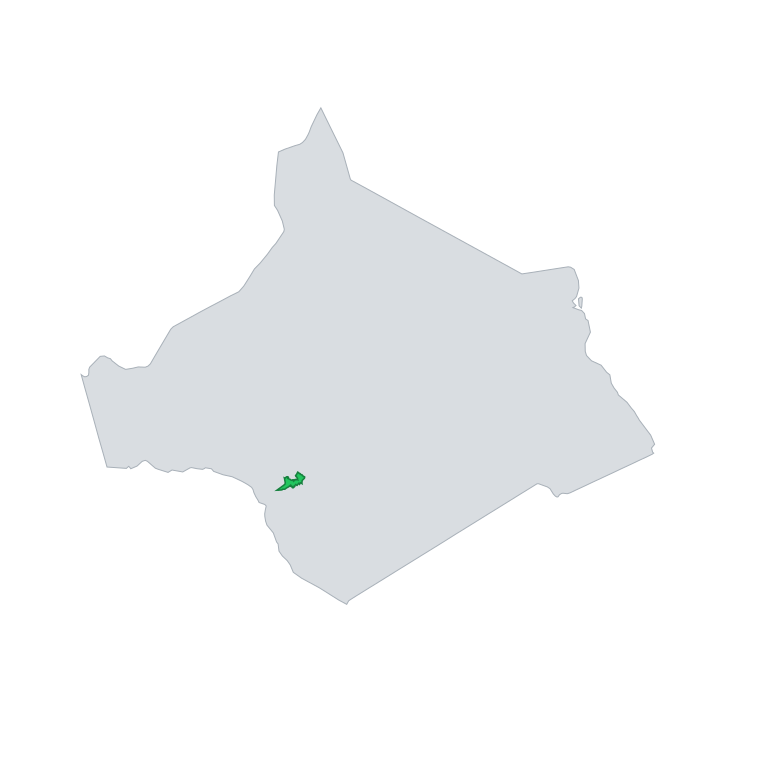 Marakwet West, Rift Valley, Kenya shown in context, rotated 299°
{"feature_id": "3690345B12316778885623", "entity_name": "Marakwet West", "entity_type": "district", "adm_level": 2, "iso_a3": "KEN", "parent_name": "Kenya", "parent_adm1": "Rift Valley", "projection": "mercator", "projection_center": [35.451, 1.024], "detail": "fine", "context": "in_parent", "style": "filled", "palette": "green", "viewbox_px": 768, "rotation_deg": 299, "n_neighbors": 0, "source": "geoboundaries", "source_scale": "gbopen_adm2", "svg_char_len": 6882}
<svg xmlns="http://www.w3.org/2000/svg" viewBox="0 0 768 768"><g transform="rotate(299 384 384)"><path d="M173.2,458.2L173.1,449.2L174.4,426.2L174.2,406.1L175.3,396.0L180.3,389.7L182.6,385.0L184.3,378.5L186.9,373.2L192.8,368.9L193.8,366.6L200.1,359.4L203.8,350.1L206.6,347.0L210.2,344.1L212.6,342.6L216.8,341.1L220.0,340.2L220.5,339.5L220.8,338.0L219.8,332.2L221.1,330.4L223.3,326.5L225.8,323.0L228.1,320.7L229.4,318.4L229.9,314.3L230.0,311.5L230.0,306.8L229.3,296.2L226.6,287.3L225.0,277.4L226.2,274.2L224.1,268.3L223.1,268.0L221.4,266.7L219.2,261.3L217.6,256.2L216.6,255.0L209.5,250.6L206.0,240.3L202.0,238.0L199.9,227.7L199.5,224.8L201.7,214.5L201.5,212.2L199.1,210.0L192.5,207.8L187.1,203.6L187.8,202.1L188.2,200.6L185.3,199.6L177.1,182.0L187.7,171.5L198.4,160.8L212.2,147.3L224.8,134.9L235.7,124.1L245.4,114.6L245.1,116.4L245.2,118.8L246.4,120.3L248.4,121.3L251.2,120.2L253.6,118.8L256.0,118.4L270.6,122.4L273.0,125.9L272.9,129.6L273.5,132.4L272.4,135.1L271.1,143.3L271.5,150.9L275.9,156.5L279.8,160.8L282.9,167.0L285.2,168.9L288.4,169.9L298.4,170.1L313.2,170.5L327.5,170.9L328.8,171.0L331.9,171.9L345.0,180.2L357.1,187.8L367.3,194.4L377.2,200.9L386.8,207.1L394.3,212.3L401.6,213.9L413.6,214.6L421.8,214.9L429.5,217.0L440.8,219.1L449.3,220.1L454.5,221.3L468.7,222.5L471.0,221.8L477.3,216.0L484.3,206.7L487.0,201.6L496.1,196.4L512.1,189.3L523.3,184.3L535.8,179.2L541.5,183.6L549.3,190.6L552.8,194.1L555.6,195.6L559.9,196.7L565.1,196.7L567.9,196.5L573.7,195.6L587.2,194.8L594.9,194.9L588.4,204.2L580.6,215.4L566.3,236.0L555.4,246.8L547.1,255.0L546.3,256.4L546.4,265.5L546.5,287.8L546.6,332.4L546.8,376.9L547.0,421.5L547.1,443.7L547.1,451.2L554.3,460.6L561.4,469.7L570.8,481.8L575.8,488.3L576.6,490.5L576.4,494.8L568.7,503.9L562.4,508.0L553.9,510.0L551.3,509.6L548.0,508.3L546.7,510.5L545.7,513.9L543.8,513.2L542.4,512.2L543.3,518.2L544.1,521.2L542.8,525.2L538.7,528.7L538.4,531.7L529.4,539.4L516.8,540.3L510.1,544.2L507.1,547.3L504.9,554.2L505.7,564.8L502.2,573.0L501.5,577.1L494.9,582.4L492.0,587.2L489.9,592.2L488.0,594.3L485.8,605.4L482.8,612.1L482.0,614.4L481.2,616.4L478.8,620.3L477.3,623.1L476.2,624.8L468.5,642.1L462.5,649.9L457.7,649.0L454.6,652.0L454.3,653.4L452.6,652.6L448.6,649.8L440.5,643.9L432.4,638.1L424.3,632.2L416.2,626.4L408.1,620.5L400.0,614.6L391.9,608.8L383.8,602.9L379.0,599.5L376.9,597.5L375.2,593.4L374.4,592.4L372.3,591.2L369.7,590.9L369.0,590.1L369.0,588.2L369.9,585.4L372.9,580.0L373.2,576.8L372.6,573.2L371.7,567.5L370.9,566.2L365.5,563.2L354.3,556.9L343.0,550.6L331.7,544.3L320.5,538.0L309.2,531.7L297.9,525.4L286.7,519.1L275.4,512.9L264.1,506.6L252.9,500.3L241.6,494.0L230.4,487.7L219.1,481.4L207.8,475.1L196.6,468.8L185.3,462.5L181.1,460.2L177.3,458.2L173.2,458.2ZM547.9,519.3L546.0,519.8L547.0,516.7L552.8,512.8L555.1,513.7L555.6,514.6L555.5,515.4L554.5,516.2L547.9,519.3Z" fill="#d9dde1" stroke="#a8b0b8" stroke-width="1"/><path d="M264.9,354.1L264.8,353.9L264.7,353.8L264.8,353.7L264.9,353.4L265.0,353.3L264.9,353.1L264.7,352.9L264.7,352.7L264.8,352.4L264.8,352.2L265.0,352.0L265.1,351.9L265.1,351.7L265.1,351.2L264.8,351.2L264.7,351.3L264.4,351.3L264.2,351.3L263.8,351.3L263.6,351.3L263.3,351.3L263.2,351.3L262.6,351.4L262.4,351.5L262.3,351.4L262.1,351.4L261.9,351.4L261.7,351.3L261.6,351.2L261.4,351.0L261.1,351.1L260.9,351.1L260.8,351.3L260.8,351.5L260.6,351.8L260.4,351.9L260.4,352.0L260.3,352.4L260.4,352.6L260.3,352.8L260.2,353.1L260.1,353.3L259.9,353.4L259.8,353.5L259.7,353.7L259.7,353.8L259.6,354.0L259.4,354.1L259.2,354.2L259.2,354.3L258.9,354.3L258.7,354.6L258.5,354.9L258.4,355.0L258.4,354.9L258.4,354.7L258.3,354.4L258.3,354.2L258.2,354.1L258.2,353.9L258.1,353.7L258.0,353.8L257.8,353.8L257.7,353.7L257.4,353.4L257.4,353.2L257.4,352.9L257.4,352.6L257.2,352.4L257.0,352.5L256.9,352.5L256.7,352.5L256.3,352.4L256.2,352.3L255.9,352.3L255.9,352.2L256.0,352.1L256.2,351.9L256.2,351.6L255.9,351.7L255.8,351.9L255.7,352.0L255.6,351.9L255.5,351.7L255.4,351.7L255.5,351.6L255.6,351.4L255.8,351.3L256.0,351.6L256.2,351.4L256.3,351.3L256.3,351.1L256.2,351.0L256.1,350.9L255.9,350.8L255.8,350.7L255.8,350.4L255.7,350.3L255.5,350.2L255.3,350.3L255.2,350.3L255.1,350.2L255.1,349.7L255.0,349.4L254.9,349.4L254.9,349.2L254.8,348.8L254.8,348.6L254.9,348.4L255.0,348.3L255.1,348.2L255.1,347.9L255.1,347.7L255.0,347.4L254.9,347.3L254.9,347.1L254.9,346.8L254.9,346.6L254.9,346.4L254.9,346.1L254.9,345.8L254.8,345.6L255.0,345.5L255.1,345.8L255.3,345.8L255.5,345.8L255.9,345.8L256.0,345.7L256.2,345.3L256.2,344.9L256.2,344.7L255.9,344.3L255.9,344.2L255.7,344.0L255.6,343.8L255.5,343.7L255.3,343.7L255.2,343.8L255.0,343.7L254.9,343.7L254.7,343.6L254.5,343.4L254.3,343.3L254.3,343.1L254.1,343.0L253.9,343.0L253.6,343.1L253.5,342.8L253.5,342.6L253.5,342.4L253.3,342.6L252.1,343.6L251.8,343.8L251.6,344.0L251.3,344.3L251.2,344.3L250.8,344.7L250.4,345.0L250.1,345.3L249.5,345.5L249.3,345.6L248.4,346.0L247.9,345.8L246.6,345.2L246.4,345.2L245.8,344.9L245.1,344.5L244.3,344.2L243.7,343.9L239.2,341.8L239.4,342.1L239.7,342.8L239.8,343.0L240.3,343.6L240.6,344.1L240.9,344.6L241.9,346.1L242.1,346.1L242.3,346.2L242.7,346.2L242.8,346.3L243.2,347.1L243.4,347.3L243.6,347.7L243.6,347.8L243.7,348.0L243.9,348.2L244.0,348.4L244.4,348.5L244.8,348.7L245.1,348.8L245.4,348.9L245.5,349.0L245.8,349.2L246.1,349.3L247.3,350.1L247.5,350.2L247.7,350.4L248.2,350.5L248.3,350.6L248.5,350.6L248.8,350.8L249.6,351.0L249.9,351.1L250.0,351.2L250.3,351.3L250.3,351.6L250.3,351.8L250.2,351.9L249.3,352.1L249.4,352.3L249.5,352.6L249.7,353.1L249.8,353.3L249.6,353.5L249.4,353.6L249.1,353.7L249.1,353.8L249.0,354.0L249.5,354.1L249.3,354.2L249.2,354.3L249.3,354.9L249.4,355.1L249.9,355.2L250.2,355.2L250.3,355.3L250.7,355.4L250.8,355.5L251.0,355.6L251.3,355.6L251.4,355.4L251.5,355.3L251.6,355.2L251.9,355.3L252.1,355.3L252.4,355.4L252.9,355.5L253.4,355.6L253.3,356.0L253.2,356.4L253.2,356.5L253.1,356.8L253.1,357.1L253.4,357.2L254.3,357.3L254.6,357.4L255.0,357.4L255.6,357.5L255.9,357.6L255.8,357.8L255.7,357.8L255.7,358.0L255.6,358.3L255.4,358.5L255.3,358.8L255.7,358.8L256.3,358.8L256.9,358.8L257.0,358.8L257.0,359.0L257.0,359.3L257.1,359.5L257.2,359.8L257.2,360.0L257.1,360.3L257.1,360.5L257.2,360.4L257.3,360.3L257.6,360.3L257.7,360.2L257.8,360.1L258.0,360.0L258.2,359.9L258.3,359.8L258.6,359.8L258.7,359.7L258.9,359.7L259.1,359.6L259.3,359.4L259.6,359.3L259.9,359.3L260.0,359.3L260.3,359.3L260.6,359.4L261.0,359.5L261.5,359.7L261.8,359.7L261.9,359.8L262.0,359.8L262.4,359.9L262.6,360.0L262.8,360.0L263.0,360.1L263.4,360.0L263.5,359.9L263.8,359.9L264.0,359.8L264.2,359.7L264.1,359.4L264.2,359.1L264.2,358.9L264.3,358.9L264.3,358.7L264.2,358.6L264.1,358.4L264.2,358.2L264.3,358.1L264.3,357.9L264.3,357.7L264.3,357.4L264.3,357.2L264.5,357.2L264.7,356.9L264.8,356.7L264.8,356.4L264.7,356.2L264.8,356.0L264.7,355.9L264.6,355.6L264.6,355.4L264.6,355.2L264.5,354.9L264.6,354.7L264.8,354.5L264.8,354.3L264.8,354.2L264.9,354.1Z" fill="#22c55e" stroke="#15803d" stroke-width="1.5"/></g></svg>